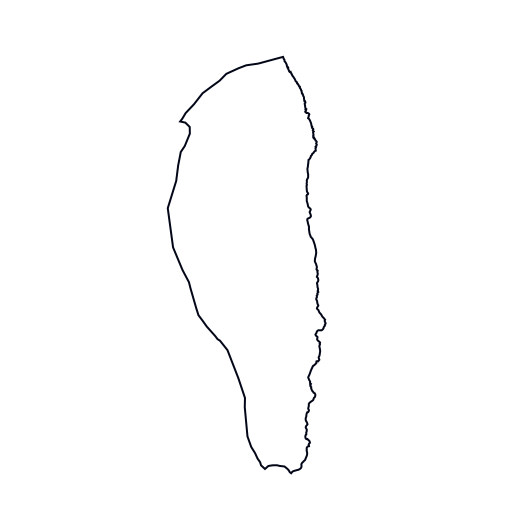 North Ambae, Penama, Vanuatu (Natural Earth projection), rotated 111°
{"feature_id": "77236927B69269343415786", "entity_name": "North Ambae", "entity_type": "district", "adm_level": 2, "iso_a3": "VUT", "parent_name": "Vanuatu", "parent_adm1": "Penama", "projection": "natural_earth1", "projection_center": [167.879, -15.323], "detail": "fine", "context": "isolated", "style": "outline", "palette": "ink", "viewbox_px": 512, "rotation_deg": 111, "n_neighbors": 0, "source": "geoboundaries", "source_scale": "gbopen_adm2", "svg_char_len": 6078}
<svg xmlns="http://www.w3.org/2000/svg" viewBox="0 0 512 512"><g transform="rotate(111 256 256)"><path d="M446.2,145.3L444.5,144.8L443.9,144.4L443.3,143.8L442.6,142.9L441.0,140.8L440.5,139.9L439.2,138.8L438.6,138.4L438.1,138.2L437.5,138.0L437.0,138.0L436.5,138.0L435.0,138.6L434.5,138.9L433.5,139.0L432.6,138.8L428.5,137.0L428.0,137.1L427.3,137.1L424.2,137.0L422.8,137.2L421.2,137.8L420.7,138.2L419.1,139.2L418.8,139.1L417.3,139.8L416.5,139.9L415.6,139.5L414.7,139.0L414.5,138.4L413.0,139.3L412.3,139.2L411.0,138.7L409.9,139.5L409.5,140.0L409.1,140.9L408.9,141.5L408.4,142.4L408.8,143.0L408.9,143.4L408.4,144.3L407.8,144.8L407.0,145.2L406.3,145.4L405.6,145.5L404.8,145.2L404.4,145.1L403.0,145.8L401.3,145.9L400.6,146.1L399.9,146.4L399.2,147.1L398.9,147.5L398.4,148.0L398.1,148.2L397.6,148.3L396.5,148.2L395.2,147.7L394.7,147.6L394.4,147.8L393.6,148.4L392.6,149.4L392.0,150.3L391.1,150.9L390.2,151.3L389.3,151.5L388.2,151.5L385.3,152.2L383.6,152.2L383.2,151.7L383.1,151.4L382.9,151.3L381.4,151.2L381.0,151.3L380.1,152.3L379.7,152.6L377.0,153.0L375.1,153.7L373.9,153.4L372.6,152.7L370.6,151.3L369.9,151.0L368.8,151.0L368.0,151.1L367.6,151.0L366.5,150.5L366.0,150.5L365.1,150.6L363.9,151.1L363.4,151.6L363.1,152.0L363.0,153.2L362.5,153.7L361.9,154.9L361.5,155.5L361.1,155.9L359.6,157.2L359.4,157.3L359.0,157.3L358.7,157.4L358.3,158.1L357.8,158.8L357.3,158.7L356.9,158.7L356.5,159.3L355.7,159.0L355.4,159.9L355.2,160.1L354.2,160.3L353.7,160.6L352.9,161.7L351.4,163.1L350.9,163.6L350.4,163.8L347.4,163.6L342.9,163.7L340.0,163.5L339.0,163.5L338.4,163.3L338.0,163.3L337.1,162.5L334.4,161.3L333.0,161.8L332.7,161.8L332.3,161.3L332.1,160.3L330.2,159.7L329.8,159.9L329.3,160.4L328.4,161.1L327.7,161.2L326.2,161.0L325.4,161.2L322.2,161.9L320.7,162.5L320.4,162.8L319.6,163.2L318.1,164.2L317.4,164.6L315.7,164.6L315.4,165.0L315.0,165.2L314.4,165.0L314.0,165.1L313.6,165.5L312.7,168.1L312.3,168.7L311.9,169.1L310.0,169.4L309.5,169.7L308.8,171.6L308.2,172.2L307.9,172.4L306.3,172.0L304.9,172.1L303.8,171.8L303.4,171.5L302.9,171.0L302.3,169.4L302.2,168.8L301.9,168.2L301.4,167.8L300.8,167.5L300.1,167.2L299.4,167.1L298.2,167.2L297.5,167.1L296.4,166.7L295.6,167.1L295.1,167.1L294.3,166.8L293.7,167.0L292.4,168.4L291.7,168.7L290.8,168.6L289.6,170.6L288.9,172.2L288.2,173.2L287.5,173.8L286.8,175.0L286.3,176.1L285.9,176.7L285.5,177.1L284.1,178.4L283.6,179.7L283.2,180.3L282.9,180.4L281.7,180.4L281.1,180.3L280.1,180.0L279.5,180.4L278.7,181.3L277.9,181.9L276.2,182.8L275.7,183.3L275.1,184.0L274.6,184.4L273.9,184.5L272.4,184.4L271.8,184.8L271.3,185.1L270.8,185.0L270.4,184.8L269.8,184.7L269.1,185.3L268.5,185.3L267.3,184.9L266.7,185.4L266.6,185.9L265.2,186.0L264.5,186.2L263.2,187.3L261.1,188.3L259.9,189.1L259.3,189.4L257.9,189.1L257.2,189.0L256.1,189.2L254.5,190.2L253.9,191.1L253.7,191.7L252.8,191.8L251.9,191.7L250.5,191.9L249.2,192.8L248.1,193.3L247.7,193.1L247.3,193.6L247.0,194.5L246.6,194.8L244.9,195.1L244.1,195.4L242.9,196.4L241.8,197.2L241.1,198.0L240.0,199.1L238.7,199.6L237.2,199.9L236.6,200.1L235.6,200.1L234.4,200.3L231.5,200.9L228.4,202.4L227.5,203.2L225.7,204.3L223.9,205.6L220.8,208.2L220.0,209.0L219.6,209.6L218.4,211.9L217.4,212.6L216.2,213.8L212.9,215.7L211.6,216.4L210.4,216.7L209.0,217.5L208.1,218.3L206.7,219.3L205.1,220.3L204.2,221.0L203.2,221.3L202.5,221.0L200.8,219.4L200.0,219.1L199.1,219.0L198.7,219.2L197.7,219.9L195.9,221.6L195.3,221.7L194.7,221.6L193.2,221.5L192.5,222.0L191.9,223.4L191.7,224.2L190.9,225.2L188.5,226.7L186.5,228.3L183.6,229.4L181.7,230.4L180.7,230.4L180.1,229.8L179.2,229.6L178.6,230.1L178.2,230.8L177.3,231.7L172.4,234.0L171.4,233.9L170.5,234.6L169.2,234.9L168.4,235.1L167.2,235.7L166.1,235.8L165.2,235.5L163.5,235.6L162.5,236.1L161.4,236.4L159.0,237.9L157.0,238.8L156.4,239.2L155.5,239.4L154.4,239.5L151.1,240.4L150.4,240.5L147.5,241.4L146.7,240.9L145.0,240.5L144.1,240.4L143.0,240.6L142.3,240.3L141.3,240.0L140.4,240.1L139.7,239.6L138.9,239.2L138.0,239.1L137.3,238.8L136.3,238.2L136.2,238.0L134.7,238.7L134.3,239.0L133.3,238.9L133.1,239.3L132.7,239.6L132.2,239.5L131.6,239.1L131.3,239.2L130.4,239.1L129.4,240.2L128.4,240.1L127.6,240.3L127.1,241.0L126.9,241.8L125.9,242.6L125.7,242.9L125.6,243.7L125.2,243.7L124.7,244.1L124.9,244.4L124.9,245.0L122.9,245.8L122.5,245.6L120.0,247.1L119.1,246.7L118.4,248.0L117.9,248.1L117.1,247.9L116.6,248.4L116.4,249.4L115.6,250.1L115.0,250.0L114.7,250.6L114.2,251.1L113.5,251.4L112.3,252.2L110.1,254.2L109.0,255.7L108.7,256.3L108.7,256.7L108.1,256.8L106.9,256.8L106.1,257.1L105.7,257.0L104.6,257.0L104.2,257.4L104.0,258.3L104.0,259.1L104.1,259.5L104.4,260.1L104.3,260.4L103.9,260.8L103.7,261.7L102.6,261.5L101.7,262.2L101.2,261.6L100.8,261.7L100.8,262.4L99.9,263.1L97.5,264.4L96.6,265.0L96.1,265.2L95.2,264.8L94.8,265.0L93.9,265.7L94.1,266.3L92.6,267.2L91.9,267.6L91.1,267.9L90.4,268.3L89.9,269.0L88.7,269.9L88.5,270.5L87.7,270.8L87.6,271.5L87.1,271.7L86.1,272.4L85.6,272.5L85.3,273.0L84.9,273.5L84.6,273.6L83.8,274.5L83.2,275.5L82.6,275.7L82.4,275.6L82.2,275.7L82.1,276.4L81.8,277.0L80.9,277.8L80.6,278.6L80.2,278.8L80.1,279.5L79.2,279.9L79.0,280.6L78.5,281.7L77.9,282.2L76.5,283.7L76.2,284.3L75.7,284.8L75.3,285.5L74.9,286.3L74.5,286.5L74.0,287.4L73.5,287.6L73.1,288.4L72.7,288.6L72.1,289.6L71.6,289.8L71.7,290.1L72.1,290.5L71.7,291.2L71.2,291.6L70.0,292.8L69.6,293.1L69.3,293.5L69.0,294.0L68.7,294.2L68.4,293.7L68.3,293.8L67.9,294.5L67.9,294.8L67.7,295.2L66.5,295.8L65.4,296.9L64.5,298.0L64.1,299.0L62.6,299.8L61.8,301.0L60.7,301.8L60.4,302.1L75.6,322.9L81.5,333.5L87.0,339.6L96.6,349.0L105.4,352.8L113.4,358.0L123.2,364.2L136.6,368.3L147.8,372.9L154.2,374.0L157.6,375.0L156.8,369.8L159.3,364.1L165.5,361.6L178.8,361.9L185.9,363.5L199.4,361.1L209.6,358.6L214.5,357.4L243.0,355.5L277.7,336.5L295.5,319.5L304.5,309.2L309.6,305.6L326.0,293.2L331.9,288.5L335.4,282.9L339.5,276.7L345.4,265.3L347.4,262.1L348.0,259.2L354.1,248.9L376.5,228.6L392.5,215.4L401.2,212.3L427.5,199.3L436.0,192.0L440.3,186.3L444.6,181.9L447.0,178.3L449.6,176.3L451.6,171.3L447.6,169.2L445.5,165.6L443.8,161.3L443.5,158.6L442.3,154.0L443.4,150.6L444.3,148.7L445.7,147.0L446.2,145.3Z" fill="none" stroke="#020617" stroke-width="2"/></g></svg>